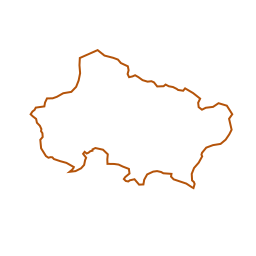 outline of Plovdiv, rotated 118°
{"feature_id": "BGR-2235", "entity_name": "Plovdiv", "entity_type": "Province", "adm_level": 1, "iso_a3": "BGR", "parent_name": "Bulgaria", "parent_adm1": "", "projection": "orthographic", "projection_center": [24.881, 42.293], "detail": "fine", "context": "isolated", "style": "outline", "palette": "amber", "viewbox_px": 256, "rotation_deg": 118, "n_neighbors": 0, "source": "natural_earth", "source_scale": "10m", "svg_char_len": 1652}
<svg xmlns="http://www.w3.org/2000/svg" viewBox="0 0 256 256"><g transform="rotate(118 128 128)"><path d="M150.3,43.8L149.7,50.4L151.9,63.6L150.7,67.2L148.1,68.1L151.4,75.6L151.3,78.1L152.4,82.1L154.7,85.3L160.0,89.3L166.1,89.4L170.6,87.9L172.8,91.6L170.2,98.2L173.3,101.8L175.1,102.7L175.8,105.1L175.0,107.7L172.6,107.4L167.5,105.3L163.7,108.0L164.5,114.6L164.7,119.1L166.2,123.2L169.3,129.3L165.3,131.6L160.7,133.5L158.9,139.9L161.0,147.4L163.6,149.3L164.7,148.7L166.2,150.4L168.4,151.3L169.9,152.5L169.4,155.1L171.9,155.5L173.9,151.0L176.4,150.8L181.2,149.4L185.6,150.5L190.7,154.1L194.1,159.0L191.2,157.8L189.2,157.4L187.9,157.5L187.7,166.0L189.1,172.3L190.2,178.9L189.4,181.0L190.1,182.7L191.6,184.3L191.3,187.3L186.7,195.2L179.6,199.9L176.0,199.1L172.8,201.1L171.6,203.3L169.6,204.0L167.4,206.9L166.1,210.9L163.1,213.4L162.4,217.5L161.6,220.4L158.3,220.1L155.9,219.0L153.3,219.0L148.2,212.0L144.5,213.2L139.9,213.4L137.2,208.5L133.8,205.4L127.7,201.5L122.7,195.0L116.0,193.1L109.2,193.9L102.1,196.0L95.4,200.3L88.8,203.4L73.5,191.4L75.1,182.8L73.0,174.1L72.3,169.0L74.0,164.8L73.6,157.1L76.7,154.6L80.5,153.7L82.6,150.9L80.4,148.3L78.1,146.5L78.2,142.8L78.9,137.6L77.9,132.5L75.7,129.3L75.5,126.5L77.6,121.7L74.4,116.2L72.0,115.2L72.0,111.6L70.7,107.5L70.6,103.4L70.9,101.6L69.2,96.8L66.2,96.2L66.6,86.9L68.2,78.1L72.8,77.9L76.4,75.4L77.1,71.3L73.6,68.8L69.4,62.8L63.6,59.7L61.9,51.2L66.9,42.4L72.4,43.1L80.9,35.7L86.1,35.6L92.5,36.3L98.6,38.8L103.2,44.9L108.6,49.7L115.1,51.0L117.1,50.6L118.2,49.2L125.4,49.3L132.3,50.9L138.6,50.2L144.2,46.8L144.7,44.6L146.1,42.9L150.3,42.0L150.3,43.8Z" fill="none" stroke="#b45309" stroke-width="2"/></g></svg>